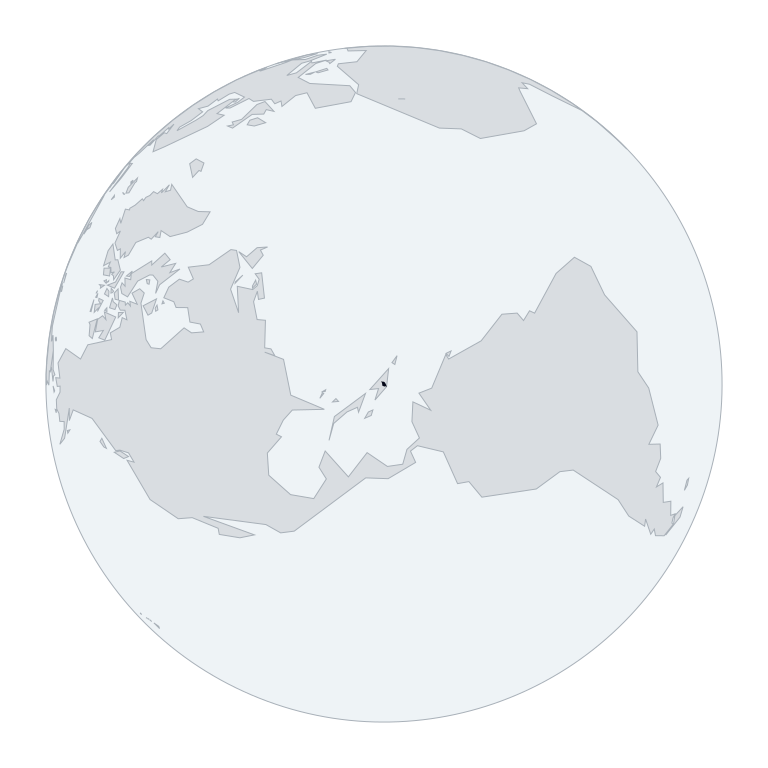 Barahona highlighted on a globe, orthographic projection, rotated 296°
{"feature_id": "DOM-1970", "entity_name": "Barahona", "entity_type": "Province", "adm_level": 1, "iso_a3": "DOM", "parent_name": "Dominican Republic", "parent_adm1": "", "projection": "orthographic", "projection_center": [-71.169, 18.186], "detail": "coarse", "context": "on_globe", "style": "filled", "palette": "ink", "viewbox_px": 768, "rotation_deg": 296, "n_neighbors": 0, "source": "natural_earth", "source_scale": "10m", "svg_char_len": 9741}
<svg xmlns="http://www.w3.org/2000/svg" viewBox="0 0 768 768"><g transform="rotate(296 384 384)"><circle cx="384" cy="384" r="338" fill="#eef3f6" stroke="#a8b0b8"/><path d="M343.2,441.1L335.3,437.2L327.4,446.8L300.7,429.2L291.6,408.7L212.4,367.8L204.9,356.4L205.9,339.5L185.9,279.7L191.6,333.7L182.6,321.9L176.6,301.9L181.6,298.2L179.8,270.2L172.7,258.1L177.6,224.4L202.8,186.5L204.2,193.6L210.1,184.6L208.8,175.6L206.5,172.1L225.1,136.7L224.5,116.0L213.1,117.2L224.4,111.7L195.2,120.7L187.7,119.1L203.1,116.4L210.0,113.0L208.3,109.0L215.0,104.8L218.1,100.8L226.2,96.4L234.6,96.4L240.1,93.8L238.6,91.4L245.8,86.2L247.2,90.1L260.0,81.8L276.3,82.5L273.4,100.3L289.4,100.6L304.5,119.7L310.0,115.6L319.2,121.7L328.9,119.6L329.0,124.8L336.7,118.8L334.8,114.6L337.6,110.9L343.1,109.5L344.2,115.5L341.5,117.0L344.7,118.1L342.9,121.9L346.9,119.3L347.5,127.3L355.2,117.7L362.5,122.7L360.7,128.6L350.1,130.1L319.6,150.7L314.5,158.8L317.8,167.9L346.8,179.7L345.6,188.6L351.8,199.1L357.4,192.7L354.6,182.4L366.6,174.1L361.6,163.6L365.8,159.0L365.0,148.3L376.7,148.1L388.5,154.1L389.7,163.3L394.9,166.6L403.2,156.9L414.5,174.5L437.7,187.5L439.4,192.9L425.7,203.4L402.0,204.5L384.3,222.1L407.5,209.3L411.3,224.6L416.8,227.0L423.4,225.9L426.6,219.9L430.3,225.3L408.8,238.9L405.0,234.1L411.9,229.5L400.8,230.7L386.3,241.7L389.3,249.5L364.2,260.9L366.0,267.0L361.6,273.5L360.3,262.8L362.1,282.9L333.1,305.1L335.1,341.5L320.4,313.0L307.4,309.3L291.7,309.2L291.6,315.0L270.8,309.4L251.5,320.4L243.6,348.5L250.2,371.1L273.4,373.8L280.7,362.0L298.0,360.5L284.9,392.7L314.9,398.9L311.4,423.2L320.1,436.0L335.3,433.3L351.0,439.5L362.4,425.6L380.6,417.8L380.9,437.5L391.1,419.4L401.2,428.7L437.6,426.6L434.8,431.2L465.4,452.4L498.4,459.4L506.1,472.6L502.2,481.6L513.6,482.7L513.7,488.3L558.8,490.2L581.4,499.6L580.4,518.4L560.8,543.2L541.8,588.5L506.3,606.8L496.4,623.7L467.2,648.4L445.9,648.5L451.1,658.5L438.5,665.3L424.4,666.5L421.3,673.4L410.9,674.0L417.4,678.1L400.0,686.9L404.4,693.2L391.6,699.3L394.9,702.5L390.2,702.5L385.2,703.7L384.6,705.4L370.4,702.3L366.7,694.5L372.1,690.5L365.9,689.6L377.3,678.3L370.4,680.6L372.6,661.9L382.7,645.1L389.6,591.8L382.3,580.5L356.4,566.9L325.2,521.6L333.5,503.1L326.7,493.8L349.0,467.1L343.2,441.1ZM65.8,289.5L68.4,281.9L67.4,287.8L65.8,289.5ZM69.5,276.7L68.7,279.4L69.3,277.0L69.5,276.7ZM69.7,274.5L69.6,276.1L69.4,275.0L69.7,274.5ZM69.6,272.5L69.8,273.3L69.7,273.5L69.6,272.5ZM333.0,353.7L367.4,371.5L347.5,373.5L351.4,370.3L342.7,363.0L326.5,356.1L309.2,359.3L333.0,353.7ZM70.6,267.3L70.9,265.7L71.3,265.7L70.6,267.3ZM349.0,334.0L343.0,332.6L348.9,332.5L349.0,334.0ZM204.4,171.5L208.1,176.1L206.8,186.2L202.9,182.7L204.4,171.5ZM207.9,153.9L211.5,154.2L204.5,162.7L204.6,159.8L207.9,153.9ZM203.4,119.8L205.1,121.8L201.2,121.4L203.4,119.8ZM217.1,101.0L214.4,102.0L217.1,99.6L217.1,101.0ZM358.7,149.3L361.8,148.9L360.3,151.1L358.7,149.3ZM355.4,145.4L351.5,148.3L349.3,146.9L351.8,145.1L355.4,145.4ZM232.1,91.0L237.2,87.4L233.5,91.0L232.1,91.0ZM360.8,142.2L346.0,144.1L342.4,141.7L348.7,133.2L360.8,142.2ZM241.2,85.4L253.5,77.6L248.7,78.7L269.2,72.1L251.9,80.3L248.0,84.2L246.3,83.4L241.2,85.4ZM331.8,114.0L334.1,118.3L327.0,116.1L331.8,114.0ZM326.6,113.5L301.0,113.8L300.5,107.4L309.1,108.3L304.3,101.7L316.6,98.3L322.0,101.2L320.0,105.8L326.2,101.1L326.6,113.5ZM278.5,70.3L282.7,68.7L279.9,70.4L278.5,70.3ZM338.1,109.2L333.0,109.5L332.2,103.9L342.3,102.2L339.3,104.5L338.1,109.2ZM297.0,101.9L298.1,97.8L308.4,93.8L310.2,91.8L316.8,97.7L297.0,101.9ZM342.3,105.2L347.4,101.7L352.9,103.3L343.1,108.6L342.3,105.2ZM327.7,103.2L327.8,100.6L331.0,101.5L327.7,103.2ZM375.2,108.3L369.0,108.1L368.1,105.1L375.2,108.3ZM348.9,100.3L347.0,99.8L346.0,98.7L350.4,96.9L348.9,100.3ZM323.6,94.7L327.7,94.2L321.4,92.1L328.9,89.5L331.9,94.1L333.7,91.1L336.0,90.3L336.0,95.0L323.6,94.7ZM351.6,92.1L358.0,98.0L369.6,98.5L370.8,101.1L352.0,99.8L351.6,92.1ZM342.4,93.3L348.4,93.1L346.8,96.1L341.8,98.2L342.4,93.3ZM332.8,86.3L320.6,89.0L320.4,88.0L332.8,86.3ZM355.3,91.6L353.6,90.3L356.2,91.3L355.3,91.6ZM340.1,87.1L335.8,88.1L335.6,86.8L340.1,87.1ZM353.9,87.1L356.0,88.8L352.7,90.1L353.9,87.1ZM347.8,86.6L348.6,84.7L350.2,89.5L345.9,87.1L347.8,86.6ZM340.6,85.8L339.1,85.4L342.4,85.6L340.6,85.8ZM365.4,81.6L368.2,87.4L360.8,90.0L359.1,84.0L365.4,81.6ZM394.1,708.4L371.6,703.4L384.2,705.9L393.1,703.1L404.8,706.6L394.1,708.4ZM420.1,700.6L430.4,698.5L432.8,699.2L426.2,701.0L420.1,700.6ZM646.6,171.3L651.9,179.4L642.7,169.5L626.9,149.2L624.2,146.3L646.6,171.3ZM611.3,133.9L610.5,133.3L599.1,123.4L608.4,131.7L611.4,134.2L617.3,140.0L614.9,138.2L611.0,134.5L611.2,135.8L629.9,154.8L635.0,159.4L641.3,171.2L650.4,180.3L655.4,188.0L641.9,175.8L636.2,169.4L618.7,161.4L625.3,168.9L642.2,177.4L641.0,178.5L650.0,190.4L642.2,182.2L621.9,172.5L621.6,185.6L637.1,222.5L633.5,230.6L623.3,230.6L601.7,201.4L612.0,187.1L604.5,178.1L588.7,170.6L593.2,167.4L588.0,163.0L590.6,157.9L580.8,142.8L581.4,137.5L564.5,124.6L562.6,120.6L573.1,129.1L580.7,132.8L580.6,122.0L576.7,117.8L565.8,110.8L567.1,109.4L556.6,104.0L550.1,96.5L549.1,101.7L536.2,95.2L525.3,87.7L520.9,86.9L538.7,99.4L546.0,103.8L552.5,105.8L572.2,120.5L575.1,126.0L553.8,115.4L555.5,122.5L538.2,112.5L500.6,82.4L491.5,74.6L503.9,72.2L513.5,76.4L513.8,78.9L525.5,81.3L518.8,78.7L519.9,78.1L507.9,73.0L508.1,72.4L496.2,69.1L495.2,67.8L502.7,69.9L484.0,62.8L478.2,60.1L473.9,58.9L470.9,58.4L465.6,56.1L462.6,55.5L463.2,55.8L457.7,55.0L445.9,53.0L444.7,52.3L448.8,52.9L455.6,53.8L457.9,54.3L482.1,60.6L505.7,68.7L528.6,78.6L550.7,90.1L572.0,103.2L592.2,117.8L611.3,133.9ZM453.8,53.4L446.8,52.4L440.0,51.5L442.6,51.4L441.1,51.4L437.4,50.8L432.6,49.8L429.1,49.8L389.6,47.9L376.4,47.0L383.1,46.4L354.2,47.7L341.5,48.8L342.1,48.8L328.7,50.9L332.5,50.5L331.7,50.8L298.9,58.6L290.3,60.7L276.9,66.2L277.2,66.5L282.8,65.1L269.2,72.1L248.7,78.7L249.1,77.5L236.0,83.3L238.8,80.2L235.0,81.1L244.3,76.3L253.5,72.3L255.4,71.7L254.7,71.8L278.5,63.0L302.9,56.0L327.7,50.8L352.8,47.5L378.2,46.1L403.5,46.6L428.8,49.1L453.8,53.4ZM701.6,499.3L705.2,488.8L713.1,460.3L716.6,442.0L716.7,408.6L717.2,383.3L715.3,376.1L712.4,383.7L709.2,375.2L706.7,378.1L684.7,407.0L673.0,398.9L646.9,363.0L647.2,341.7L638.3,321.6L633.0,232.2L641.9,230.0L649.1,202.8L651.8,202.6L661.8,218.4L675.9,221.8L667.6,205.7L669.6,203.4L668.3,201.3L680.5,221.8L691.2,243.2L700.4,265.2L708.0,287.9L713.9,311.0L718.3,334.5L720.9,358.3L721.9,382.2L721.2,406.1L718.8,429.8L714.7,453.4L709.0,476.6L701.6,499.3ZM646.5,271.8L649.5,278.1L646.5,271.8ZM438.7,426.3L443.1,429.8L437.3,430.3L438.7,426.3ZM344.7,381.7L352.0,382.2L355.8,385.4L350.1,386.3L344.7,381.7ZM406.7,381.8L415.2,383.3L406.3,385.2L406.7,381.8ZM372.8,373.7L399.9,381.4L382.7,387.5L365.6,382.9L377.5,381.1L372.8,373.7ZM345.3,345.6L349.8,347.2L348.4,350.8L345.3,345.6ZM353.3,334.1L351.5,334.4L349.3,331.4L353.3,334.1ZM412.5,223.7L414.4,222.8L421.1,223.1L417.9,225.7L412.5,223.7ZM450.9,210.2L456.1,219.3L450.2,214.2L446.8,219.0L430.1,215.0L439.3,195.4L438.1,204.7L450.9,210.2ZM410.5,205.6L420.0,209.4L409.2,206.0L410.5,205.6ZM557.0,147.4L562.3,147.8L567.9,153.7L567.0,163.1L559.0,154.3L557.0,147.4ZM568.5,147.3L547.6,135.7L547.3,130.3L551.0,135.1L552.9,132.7L559.4,140.0L579.5,147.3L585.7,153.2L580.8,165.6L579.0,157.9L573.9,157.6L568.5,147.3ZM494.8,124.1L485.8,121.4L496.8,112.8L504.0,116.5L503.7,125.3L494.9,126.3L494.8,124.1ZM374.9,127.9L370.7,129.1L370.4,127.2L373.7,124.6L374.9,127.9ZM372.4,108.5L392.8,121.3L389.1,123.1L405.5,129.7L402.0,137.3L391.5,132.5L401.1,143.9L390.2,142.7L397.9,150.2L374.8,138.8L365.3,139.0L377.2,135.7L380.6,128.6L379.3,125.6L368.5,117.5L349.9,115.3L350.4,108.7L355.6,104.7L360.1,104.2L358.4,108.4L365.7,104.7L366.7,110.6L372.4,108.5ZM416.9,74.1L413.0,77.0L427.8,74.9L428.9,79.0L430.5,78.5L435.6,81.9L444.5,85.6L443.4,87.5L447.4,88.2L450.8,90.9L455.9,92.6L455.7,96.9L461.9,99.6L458.2,100.2L469.0,103.8L460.9,103.2L464.6,107.2L470.4,105.7L457.0,129.4L457.6,141.4L462.5,152.2L448.0,150.9L434.2,140.5L422.7,127.1L424.2,116.4L417.4,118.3L416.1,113.9L422.0,114.3L412.1,111.3L412.6,107.9L402.4,98.9L387.8,97.8L383.7,94.9L389.7,93.7L381.4,91.8L389.9,87.8L387.2,85.8L392.8,80.4L406.0,80.0L401.9,77.9L406.0,74.4L416.9,74.1ZM367.4,80.1L382.8,77.6L391.0,79.0L377.7,88.0L379.0,90.3L370.8,97.1L359.2,95.3L362.6,93.4L363.2,91.2L366.6,92.6L364.3,89.9L369.0,87.4L368.5,84.8L373.6,84.6L367.4,80.1ZM648.2,194.8L649.1,193.6L649.0,190.1L654.6,198.0L648.2,194.8ZM634.8,188.3L634.6,185.8L642.6,194.2L641.7,196.0L634.8,188.3ZM627.8,177.7L634.0,185.0L630.1,182.1L627.8,177.7ZM572.2,126.7L571.2,124.1L573.8,125.4L577.4,128.8L572.2,126.7ZM461.1,72.1L457.5,72.8L455.6,71.9L444.0,70.9L442.4,68.4L448.7,67.9L461.1,72.1ZM657.4,189.4L658.5,188.8L658.9,191.5L657.4,189.4ZM457.3,69.2L452.7,68.9L454.7,67.9L457.3,69.2ZM440.5,66.5L441.7,65.1L440.8,68.0L440.5,66.5ZM436.4,53.1L454.4,56.7L466.2,59.0L471.1,59.2L471.9,61.1L453.7,57.5L436.4,53.1ZM395.5,48.3L391.3,49.1L388.0,48.6L388.5,48.3L395.5,48.3ZM396.7,48.9L401.2,50.6L395.5,51.1L393.0,49.6L396.7,48.9ZM430.0,58.0L435.4,59.0L433.7,59.7L430.0,58.0ZM281.2,68.5L282.6,68.7L279.0,69.6L281.2,68.5ZM334.1,50.5L332.5,51.1L328.3,51.6L334.1,50.5ZM325.8,53.3L331.6,52.2L325.9,53.6L325.8,53.3ZM344.6,50.1L334.2,51.9L343.5,49.9L344.6,50.1Z" fill="#d9dde1" stroke="#a8b0b8" stroke-width="1"/><path d="M385.1,383.6L385.0,383.4L384.9,383.3L384.7,383.3L384.4,383.6L384.5,383.8L384.6,384.3L384.4,384.7L383.9,385.4L383.8,385.6L383.6,385.8L383.4,386.0L383.4,385.7L383.0,385.5L382.7,385.3L382.6,385.0L382.7,384.9L382.8,384.9L382.8,384.4L382.6,384.3L382.6,384.1L382.8,384.1L383.0,384.0L382.8,383.4L383.1,383.3L383.3,383.4L383.6,383.4L383.8,383.1L383.8,382.9L384.1,382.6L384.3,382.5L384.4,382.4L384.6,382.3L384.8,382.0L384.9,382.4L384.7,382.7L384.7,382.9L384.8,382.9L385.2,383.0L385.2,383.4L385.1,383.6Z" fill="#0f172a" stroke="#020617" stroke-width="1.5"/></g></svg>